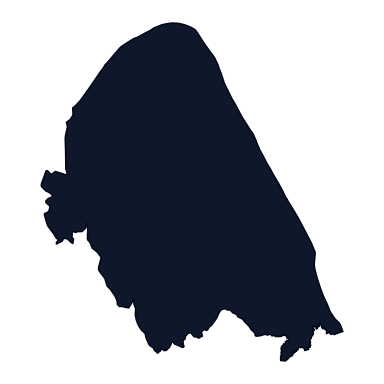 Bung Khla, Bueng Kan, Thailand
{"feature_id": "78962969B45700319590301", "entity_name": "Bung Khla", "entity_type": "district", "adm_level": 2, "iso_a3": "THA", "parent_name": "Thailand", "parent_adm1": "Bueng Kan", "projection": "equal_earth", "projection_center": [104.009, 18.247], "detail": "fine", "context": "isolated", "style": "filled", "palette": "ink", "viewbox_px": 384, "rotation_deg": 0, "n_neighbors": 0, "source": "geoboundaries", "source_scale": "gbopen_adm2", "svg_char_len": 5987}
<svg xmlns="http://www.w3.org/2000/svg" viewBox="0 0 384 384"><path d="M342.8,331.5L340.3,324.5L339.5,323.8L339.1,322.9L335.8,319.7L333.9,317.3L330.9,312.9L329.4,309.9L327.4,304.6L323.3,295.8L320.2,287.5L317.0,277.6L314.9,269.5L314.4,266.4L314.2,264.2L315.1,255.0L315.1,252.2L311.4,243.1L298.6,218.6L291.9,207.3L287.8,200.8L287.3,199.5L285.6,197.1L282.9,191.4L279.1,184.3L272.9,173.8L270.3,168.9L267.4,164.2L262.5,154.7L259.7,149.8L256.5,141.9L256.2,140.6L255.6,139.7L253.3,134.2L250.3,130.0L241.8,116.6L236.9,107.2L231.3,97.4L224.3,83.2L221.1,73.3L218.9,68.0L218.1,65.1L215.1,58.8L213.3,55.8L209.7,51.1L203.1,41.8L197.3,32.5L195.3,29.9L192.1,27.9L189.2,26.5L185.2,25.0L181.6,24.0L178.2,23.3L171.9,23.0L167.4,23.6L162.9,24.5L160.4,25.3L153.8,28.0L149.9,30.7L146.7,32.2L137.0,37.5L134.1,38.4L126.8,42.9L122.0,46.1L119.9,47.8L107.1,62.8L105.0,65.0L103.1,68.2L100.6,71.4L90.5,86.2L80.1,100.8L74.4,106.7L72.7,107.9L73.0,114.5L72.9,115.1L71.8,117.1L69.7,120.0L67.3,121.6L66.5,122.5L66.6,123.4L67.3,125.7L67.4,127.3L65.6,135.1L65.2,138.0L65.6,151.4L65.8,168.6L67.1,173.3L67.0,174.4L66.4,174.7L65.0,174.5L55.6,171.5L54.5,172.0L52.1,174.0L51.2,174.3L50.7,174.0L47.5,170.7L46.6,170.7L46.1,171.0L45.8,171.6L41.6,183.4L41.2,185.4L41.8,186.8L44.0,189.2L46.0,191.0L49.7,192.8L51.7,194.4L52.1,195.2L52.2,196.1L52.0,196.9L48.1,198.6L45.9,200.9L45.9,202.0L46.2,202.9L49.5,205.7L49.9,206.7L49.9,207.4L49.1,210.3L48.7,211.3L47.4,212.4L44.7,213.5L44.4,214.0L44.4,214.9L47.1,224.2L47.7,225.7L53.9,234.2L56.1,237.9L58.1,239.6L58.1,240.2L58.0,240.6L56.5,242.3L56.5,243.9L57.6,243.7L58.6,242.9L61.8,241.4L62.6,240.5L63.2,239.0L63.6,238.5L64.1,238.4L67.3,238.8L71.2,242.5L72.8,243.4L73.1,242.1L73.5,239.0L73.4,238.6L72.3,238.1L72.1,237.4L72.1,234.3L72.3,232.6L72.6,231.5L73.2,231.4L75.4,232.5L76.7,232.0L78.6,231.5L80.0,231.7L80.8,231.5L82.0,231.5L84.9,228.9L87.1,224.3L87.7,230.2L87.4,238.6L87.6,239.6L87.9,240.2L89.9,242.2L92.3,248.2L94.0,249.4L97.3,252.2L100.9,257.0L101.0,258.3L98.6,267.5L98.6,269.6L99.0,270.6L100.1,272.3L104.9,278.5L106.7,284.7L107.2,286.0L107.7,286.6L110.7,289.7L112.4,292.4L114.6,295.3L116.7,299.8L117.1,301.4L117.4,304.2L117.9,305.0L119.4,306.5L121.5,306.4L128.4,307.9L128.7,307.8L134.0,299.3L133.9,304.0L135.5,308.2L135.6,309.1L135.3,315.2L136.3,319.9L137.8,324.1L139.0,326.4L141.1,329.6L142.0,330.6L144.3,332.6L145.1,333.8L145.5,334.8L145.8,337.0L146.6,339.3L149.1,344.7L150.4,346.0L153.4,347.9L154.3,350.2L156.3,351.9L157.4,353.1L157.7,353.1L159.1,351.8L160.1,351.3L160.9,349.7L161.9,349.2L162.8,349.3L163.6,350.3L164.2,350.6L165.2,350.6L166.7,350.1L167.2,349.4L169.5,347.3L171.1,344.0L171.4,342.5L171.8,342.2L173.3,342.3L174.5,344.0L178.8,345.7L181.4,347.0L182.6,347.4L183.5,347.1L184.0,346.4L183.2,344.2L183.2,343.2L182.9,342.5L183.1,341.9L182.9,341.4L183.2,340.5L184.2,339.5L184.7,339.5L184.7,338.9L184.9,338.7L185.4,337.8L185.2,336.7L187.0,334.6L187.6,333.4L188.0,333.1L188.9,333.3L190.0,332.6L191.1,333.2L193.4,336.0L194.4,336.9L195.0,336.9L195.7,336.5L198.3,338.0L199.7,337.8L200.4,336.8L202.1,336.4L202.4,336.0L202.4,335.6L201.5,332.6L201.5,332.1L201.8,331.6L203.7,329.7L204.9,329.5L206.1,330.4L207.6,329.9L209.1,327.1L211.1,325.6L212.0,324.7L215.3,320.1L216.7,317.9L219.3,312.4L220.7,310.3L222.4,309.3L224.0,308.9L225.5,308.8L227.3,310.0L229.5,310.0L230.3,310.3L233.2,313.1L235.6,313.9L236.7,314.6L237.1,315.2L237.6,316.5L238.1,316.9L242.9,319.3L244.2,321.4L249.1,326.3L251.4,329.9L254.0,332.1L254.9,333.6L255.3,335.5L256.1,336.2L260.0,335.8L265.0,334.3L266.2,334.6L266.7,334.3L267.1,335.0L268.4,334.9L269.0,334.2L271.9,335.0L271.8,335.6L272.0,335.9L274.7,335.4L274.9,335.6L275.3,336.5L276.4,336.0L276.9,336.5L277.5,336.1L278.5,336.8L278.8,336.8L279.4,335.9L280.7,336.5L281.0,336.0L281.6,336.2L282.2,335.6L282.6,335.6L282.7,335.2L282.9,335.1L283.1,335.4L284.8,335.2L285.8,335.8L286.2,335.6L286.8,337.0L286.6,337.5L286.9,337.9L287.4,338.2L287.7,337.8L288.6,338.1L288.9,338.8L288.9,340.1L288.0,340.8L287.6,340.5L287.2,340.9L286.6,340.6L286.5,341.5L285.9,341.8L285.5,341.7L285.6,342.8L285.1,343.2L285.0,343.9L283.8,343.8L283.4,344.6L283.2,345.4L282.8,345.4L282.5,345.9L282.1,346.0L281.3,347.1L281.5,347.7L281.2,348.5L281.4,348.6L281.6,348.2L281.8,348.3L281.2,349.3L281.6,349.5L281.4,350.1L282.0,351.2L281.4,351.5L281.1,352.3L281.1,353.3L281.3,353.5L281.4,354.7L281.0,355.3L281.1,355.7L280.8,356.0L280.8,356.8L280.5,357.4L280.9,358.3L280.6,359.1L280.7,360.3L281.3,360.8L282.4,360.4L284.6,361.0L285.5,360.9L286.0,360.6L286.1,360.1L286.9,359.8L288.0,358.9L289.1,357.3L289.9,356.9L291.0,356.0L291.7,356.1L292.6,355.2L293.1,354.0L292.9,352.9L293.4,352.8L293.1,352.4L293.2,352.1L293.7,352.2L294.0,351.9L294.2,352.2L294.5,351.8L294.6,352.3L294.9,351.9L295.3,352.0L295.5,351.5L296.3,351.3L296.3,351.0L296.9,350.5L297.0,349.5L297.4,349.3L297.8,349.7L298.3,349.2L298.4,347.6L299.2,346.8L299.5,346.8L299.8,347.3L300.4,347.3L300.8,347.7L301.8,347.0L302.3,347.6L303.1,347.6L303.6,347.9L304.1,347.7L304.1,348.7L304.9,349.5L304.8,350.4L305.6,350.4L306.1,350.0L307.0,350.0L307.3,349.3L307.6,349.0L308.3,349.5L308.5,349.4L308.7,349.0L308.2,348.0L308.3,347.0L309.4,347.3L310.2,347.0L310.2,346.6L309.5,346.3L309.3,345.6L310.7,345.3L310.7,345.1L310.0,344.8L309.8,344.2L309.8,343.9L310.4,343.2L310.4,342.6L310.4,341.4L309.9,340.6L309.9,340.0L310.3,339.2L311.1,338.6L311.4,336.8L312.5,335.4L312.6,334.7L313.2,334.5L313.3,334.2L312.7,333.6L312.8,333.2L313.4,332.9L313.4,331.6L313.0,331.0L313.0,330.5L314.0,330.4L314.3,330.1L314.3,329.5L313.7,328.8L313.0,329.4L312.7,328.9L313.0,327.9L312.8,327.0L313.5,326.2L314.7,326.9L315.4,326.0L315.8,326.0L316.2,326.8L316.2,328.8L316.6,329.0L317.5,328.0L318.6,325.9L319.0,325.7L319.4,326.1L319.6,325.9L319.3,324.6L320.0,323.8L320.3,323.7L321.3,324.9L321.3,325.7L321.8,326.5L321.8,327.5L322.7,328.6L323.4,328.2L324.1,327.0L324.4,327.0L324.4,327.9L324.1,328.7L325.9,329.9L326.6,331.2L326.5,333.5L329.3,332.5L329.7,332.7L330.2,333.9L331.1,334.4L331.6,334.3L332.4,333.7L334.4,334.6L335.9,333.8L342.8,331.5Z" fill="#0f172a" stroke="#020617" stroke-width="1.5"/></svg>